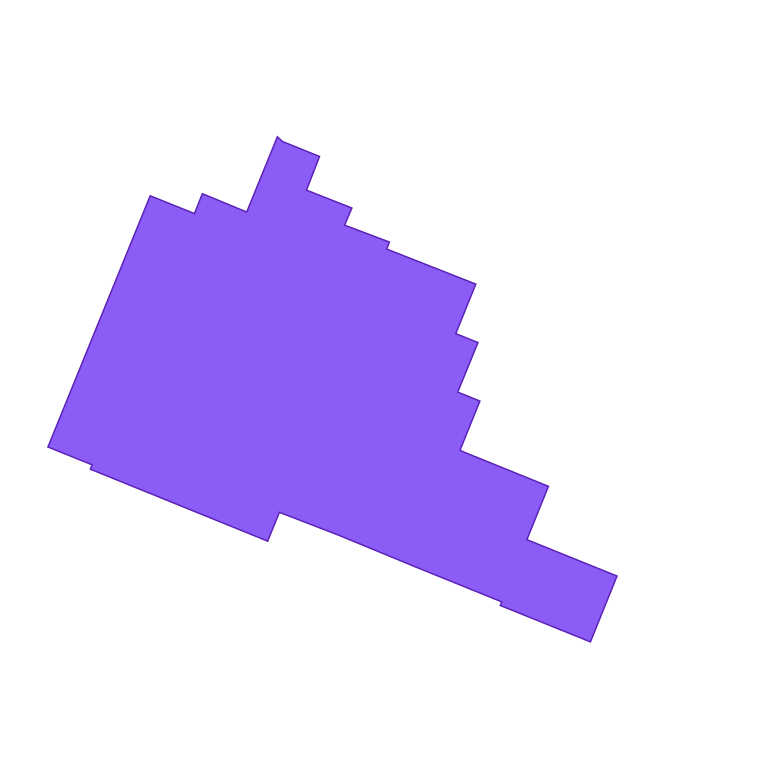 the district of Sweet Grass, Montana, United States of America, rotated 292°
{"feature_id": "52423323B34520294903194", "entity_name": "Sweet Grass", "entity_type": "district", "adm_level": 2, "iso_a3": "USA", "parent_name": "United States of America", "parent_adm1": "Montana", "projection": "natural_earth1", "projection_center": [-109.875, 45.696], "detail": "fine", "context": "isolated", "style": "filled", "palette": "violet", "viewbox_px": 768, "rotation_deg": 292, "n_neighbors": 0, "source": "geoboundaries", "source_scale": "gbopen_adm2", "svg_char_len": 577}
<svg xmlns="http://www.w3.org/2000/svg" viewBox="0 0 768 768"><g transform="rotate(292 384 384)"><path d="M293.2,672.0L293.2,574.8L350.7,574.8L350.8,483.6L351.1,479.3L404.1,479.3L404.1,455.4L457.6,455.6L457.6,431.7L511.0,431.7L510.1,335.9L517.6,335.9L516.5,288.0L535.1,288.3L534.7,239.5L570.8,239.0L570.8,198.9L573.3,192.5L492.0,192.3L492.4,144.3L471.0,144.4L470.9,96.7L199.7,96.0L199.7,115.9L199.7,143.6L195.0,143.6L194.7,335.0L225.8,335.1L226.8,398.5L226.2,480.7L226.1,574.8L222.2,574.8L222.2,672.0L293.2,672.0Z" fill="#8b5cf6" stroke="#5b21b6" stroke-width="1.5"/></g></svg>